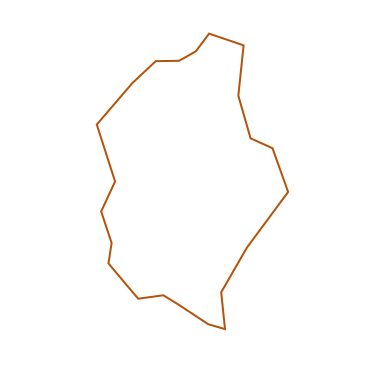 an SVG outline of Żejtun, rotated 247°
{"feature_id": "MLT-5961", "entity_name": "Żejtun", "entity_type": "state/province", "adm_level": 1, "iso_a3": "MLT", "parent_name": "Malta", "parent_adm1": "", "projection": "orthographic", "projection_center": [14.531, 35.854], "detail": "fine", "context": "isolated", "style": "outline", "palette": "amber", "viewbox_px": 384, "rotation_deg": 247, "n_neighbors": 0, "source": "natural_earth", "source_scale": "10m", "svg_char_len": 447}
<svg xmlns="http://www.w3.org/2000/svg" viewBox="0 0 384 384"><g transform="rotate(247 192 192)"><path d="M306.8,296.8L262.6,272.3L218.5,266.9L200.8,283.2L154.5,280.5L119.2,220.6L88.3,179.7L52.9,168.8L64.0,155.2L92.7,136.2L108.1,125.3L114.8,100.8L132.4,95.3L158.9,87.2L176.5,98.1L209.6,100.8L231.7,125.3L291.3,130.7L315.6,179.7L326.6,209.7L317.8,231.5L320.0,250.5L331.1,269.6L306.8,296.8Z" fill="none" stroke="#b45309" stroke-width="2"/></g></svg>